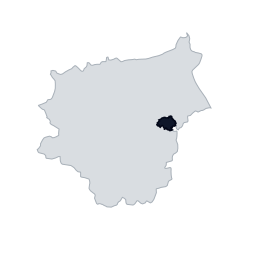 location of Iwye, Grodno, Belarus, rotated 162°
{"feature_id": "67162791B89656925241953", "entity_name": "Iwye", "entity_type": "district", "adm_level": 2, "iso_a3": "BLR", "parent_name": "Belarus", "parent_adm1": "Grodno", "projection": "orthographic", "projection_center": [25.918, 54.018], "detail": "fine", "context": "in_parent", "style": "filled", "palette": "ink", "viewbox_px": 256, "rotation_deg": 162, "n_neighbors": 0, "source": "geoboundaries", "source_scale": "gbopen_adm2", "svg_char_len": 6357}
<svg xmlns="http://www.w3.org/2000/svg" viewBox="0 0 256 256"><g transform="rotate(162 128 128)"><path d="M206.1,177.2L202.3,177.3L197.8,177.7L195.4,179.7L192.6,179.1L190.7,180.2L186.5,185.4L184.9,188.2L183.5,192.3L182.7,195.4L183.4,197.5L184.3,199.4L184.7,201.5L185.2,203.1L184.1,204.4L183.6,206.1L181.6,206.0L179.2,204.5L178.6,202.1L176.6,200.5L175.4,199.7L173.4,199.7L170.3,200.7L166.3,201.5L163.2,201.8L161.5,202.8L159.1,203.7L158.1,202.8L156.6,200.1L155.3,197.4L154.5,196.3L153.8,196.0L153.0,196.1L152.0,197.0L151.4,197.9L148.8,199.0L147.7,200.1L146.6,202.6L145.7,202.5L144.8,201.9L143.7,199.2L142.4,198.6L140.2,198.6L137.5,198.1L135.3,197.3L134.5,197.6L133.2,198.8L131.8,199.0L128.7,198.0L128.1,198.5L126.5,201.7L125.6,201.8L125.1,201.5L125.3,198.8L123.5,197.9L120.5,197.8L118.4,198.2L117.4,198.1L116.8,197.6L114.2,193.2L112.8,192.9L110.4,193.2L106.7,192.7L102.6,191.7L100.3,191.4L99.1,190.4L96.5,190.0L89.7,188.1L86.9,187.8L82.7,187.8L76.5,187.3L72.4,187.5L70.6,188.1L68.4,188.4L60.9,188.8L58.3,189.3L57.5,190.2L56.6,192.3L53.4,195.8L50.3,198.1L49.8,198.3L48.0,196.9L46.6,196.5L44.9,196.3L43.7,196.7L42.9,197.2L42.9,200.0L42.7,200.2L41.5,196.9L41.7,193.9L42.5,192.3L43.4,190.8L43.1,188.5L44.1,185.5L44.2,183.3L43.8,182.3L43.2,181.2L41.3,179.9L40.5,179.0L37.9,177.6L35.4,175.9L35.0,174.9L35.1,174.3L35.6,173.3L37.7,170.4L39.9,167.7L41.3,166.6L48.6,163.1L49.8,161.9L50.1,159.7L50.1,155.3L49.8,151.3L49.3,148.6L48.1,143.4L44.8,132.6L42.9,121.4L44.3,122.1L47.7,122.5L50.4,121.8L51.7,121.7L53.0,122.0L56.5,121.5L57.3,122.5L58.8,123.4L61.9,122.2L64.7,120.7L67.5,120.9L67.9,120.2L68.7,116.2L69.5,115.4L72.9,115.8L74.2,115.1L75.5,113.2L77.5,112.0L79.1,112.1L80.8,110.7L81.7,111.6L82.1,113.3L81.5,114.5L81.8,115.1L82.9,115.7L85.0,115.7L86.3,115.2L86.6,114.4L86.6,113.1L86.3,111.8L85.4,110.7L83.8,110.2L82.7,110.1L82.5,109.5L82.9,108.0L83.9,105.3L85.1,102.8L85.9,101.9L86.0,101.1L85.9,99.6L85.8,96.9L86.9,93.2L88.4,90.4L90.4,89.5L92.8,89.0L94.3,87.6L95.1,86.1L95.7,83.7L96.5,83.2L102.2,83.4L103.1,81.0L103.6,80.4L104.7,79.6L105.4,78.8L105.1,78.1L103.7,77.7L100.2,77.4L99.5,76.6L99.7,75.6L100.6,73.1L101.5,69.9L101.9,67.4L101.9,66.0L102.4,65.6L105.2,65.1L106.1,64.6L108.4,61.2L110.2,60.6L115.0,61.3L117.1,61.2L119.8,61.4L120.1,61.1L121.0,57.7L125.4,52.2L127.8,50.3L129.4,49.9L129.9,49.9L132.5,52.7L133.1,52.8L134.7,51.5L137.5,51.3L138.9,52.3L140.9,55.6L141.9,56.0L144.6,54.0L146.1,53.3L147.1,53.2L152.5,55.7L152.9,56.5L153.0,57.5L152.3,60.7L153.5,62.6L154.8,63.8L157.4,61.5L158.4,60.9L159.5,60.8L160.9,59.9L161.9,58.6L162.9,58.2L164.8,58.3L168.3,57.9L172.4,59.5L172.8,60.1L175.0,62.1L175.8,63.2L176.5,63.5L177.7,64.5L179.2,65.1L180.1,64.8L180.7,65.1L181.2,66.0L181.3,67.4L181.5,71.6L180.1,73.9L180.0,74.6L180.1,75.5L181.4,77.3L183.1,79.9L183.6,81.5L183.7,82.7L181.9,86.4L181.3,87.3L180.9,89.1L180.8,90.9L181.0,91.6L184.6,94.2L187.3,95.6L188.0,96.3L188.0,96.8L186.9,99.9L186.8,100.7L189.0,101.8L190.3,103.7L191.5,106.9L193.8,109.9L201.5,113.8L202.2,114.6L202.5,115.5L202.5,117.7L201.4,121.8L202.8,122.3L206.0,121.9L210.0,122.0L215.1,124.5L215.2,125.7L214.8,127.0L215.3,128.2L215.9,129.2L220.3,132.0L220.8,132.9L221.0,134.4L221.0,135.6L219.9,135.9L218.7,136.6L216.7,138.1L216.0,140.1L212.9,143.1L210.9,144.5L209.2,144.7L205.2,144.5L203.6,143.3L203.0,142.1L201.4,141.7L199.3,141.8L196.5,142.3L196.0,142.7L195.7,144.2L194.6,146.8L193.9,148.3L197.9,153.1L199.8,155.0L200.5,156.2L200.6,157.1L199.8,158.2L200.1,160.4L202.1,163.0L201.5,163.5L201.6,167.0L201.9,170.7L202.4,171.5L203.5,172.2L204.4,173.5L206.0,176.4L206.1,177.2Z" fill="#d9dde1" stroke="#a8b0b8" stroke-width="1"/><path d="M86.8,112.5L87.1,112.7L86.9,112.8L86.6,113.0L86.6,113.6L87.0,113.9L87.0,114.1L86.8,114.5L87.0,114.7L87.1,115.0L86.8,115.2L86.6,115.2L86.3,115.2L86.1,115.1L86.0,114.9L85.6,115.0L85.4,115.1L85.2,115.5L85.2,115.8L84.9,115.8L84.6,116.0L84.2,116.1L84.0,115.9L83.8,115.7L83.4,115.6L83.2,115.5L83.0,115.4L82.3,115.8L82.0,115.8L81.8,115.9L81.8,116.1L82.0,116.3L81.9,116.4L81.8,116.6L81.9,116.8L82.0,117.0L82.1,117.4L81.9,117.5L81.7,117.5L81.2,117.5L80.9,117.6L80.9,117.9L80.9,118.1L81.0,118.4L81.1,118.5L81.3,118.7L81.4,119.0L81.0,119.3L81.0,119.5L81.3,120.2L81.3,120.5L81.5,120.6L81.8,120.7L82.0,120.8L82.0,121.1L82.0,121.3L82.1,121.5L82.3,121.6L82.5,121.8L82.4,121.9L82.3,122.1L82.4,122.4L82.6,122.4L82.8,122.6L82.8,122.8L82.9,123.1L82.9,123.3L83.1,123.4L83.4,123.5L83.4,123.8L83.4,124.0L83.1,124.4L83.0,124.6L82.9,124.8L83.0,124.9L83.0,125.0L83.0,125.4L83.0,125.5L83.3,125.7L83.3,125.9L83.4,126.0L83.7,126.2L84.0,126.1L84.1,125.9L84.2,125.7L84.4,125.5L84.6,125.4L84.8,125.3L85.0,125.5L84.9,125.9L85.0,126.1L85.1,126.3L85.4,126.3L85.5,126.1L85.6,125.9L85.8,125.8L85.9,125.7L86.0,125.6L86.1,125.4L86.2,125.1L86.3,125.0L86.5,125.4L86.8,125.3L86.9,125.2L87.2,125.3L87.3,125.4L87.5,125.6L88.0,125.7L88.5,125.7L88.7,125.8L88.9,125.9L89.0,126.0L89.3,126.2L89.3,126.4L89.4,126.6L89.5,126.7L89.8,126.7L90.0,126.7L90.3,126.9L90.5,127.0L90.7,126.9L90.8,126.8L90.9,126.7L91.1,126.6L91.4,126.7L91.5,126.7L91.8,126.8L92.0,126.9L92.2,127.0L92.3,126.9L92.5,126.9L93.0,126.8L93.2,126.7L93.3,126.6L93.6,126.5L93.7,126.4L94.0,126.3L94.4,126.2L94.6,126.2L94.8,126.2L95.1,126.2L95.5,126.2L95.4,126.1L95.5,126.0L95.9,125.9L95.9,125.6L95.9,125.4L95.9,125.1L95.9,124.9L96.1,124.9L96.3,124.7L96.7,124.6L96.8,124.8L96.9,124.7L97.2,124.4L97.3,124.3L97.4,124.2L97.6,124.0L98.0,124.0L98.1,123.9L98.4,123.8L98.3,123.6L98.1,123.3L98.1,123.1L98.2,122.9L98.4,122.8L98.7,122.8L99.0,122.7L99.3,122.6L99.5,122.4L99.5,122.0L99.4,121.6L99.2,121.3L99.0,121.0L98.8,120.7L98.7,120.5L98.3,120.7L98.1,120.8L97.9,121.0L97.7,121.1L97.4,121.1L97.4,120.9L97.5,120.6L97.5,120.3L97.4,119.9L97.4,119.5L97.4,119.2L97.3,118.9L97.1,118.7L97.0,118.8L96.7,118.9L96.4,119.1L96.1,119.3L95.7,119.5L95.4,119.7L95.1,119.8L94.7,119.8L94.5,119.7L94.4,119.5L94.2,119.2L94.1,118.8L94.1,118.5L94.0,118.1L93.9,117.7L93.8,117.2L93.7,117.0L93.5,116.8L93.5,116.6L93.6,116.3L93.6,116.1L93.8,115.7L93.7,115.6L93.3,115.7L93.2,115.6L92.9,115.7L93.1,115.9L93.1,116.2L93.0,116.3L92.8,116.4L92.4,116.4L92.0,116.3L91.8,116.1L91.5,116.0L91.4,115.6L91.3,115.4L91.4,115.2L91.5,115.1L91.4,115.0L91.3,114.7L91.2,114.5L91.1,114.4L90.8,114.3L90.8,114.1L90.7,114.0L90.2,113.9L90.1,113.7L89.9,113.5L89.5,113.5L89.4,113.3L89.3,113.1L89.0,113.2L88.8,113.1L88.8,112.9L88.8,112.5L88.3,112.5L87.6,112.4L86.8,112.5Z" fill="#0f172a" stroke="#020617" stroke-width="1.5"/></g></svg>